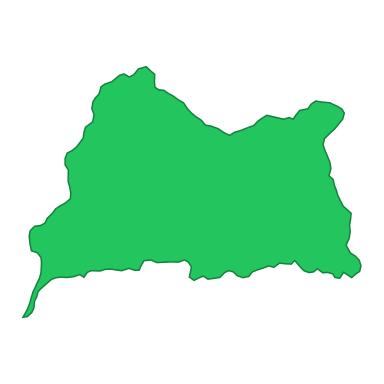 Morro Agudo de Goiás, Goiás, Brazil
{"feature_id": "56859067B87068855347914", "entity_name": "Morro Agudo de Goiás", "entity_type": "district", "adm_level": 2, "iso_a3": "BRA", "parent_name": "Brazil", "parent_adm1": "Goiás", "projection": "albers", "projection_center": [-50.018, -15.311], "detail": "fine", "context": "isolated", "style": "filled", "palette": "green", "viewbox_px": 384, "rotation_deg": 0, "n_neighbors": 0, "source": "geoboundaries", "source_scale": "gbopen_adm2", "svg_char_len": 2387}
<svg xmlns="http://www.w3.org/2000/svg" viewBox="0 0 384 384"><path d="M93.0,101.8L91.8,108.6L94.1,114.6L92.7,121.8L85.6,127.1L84.1,131.6L83.2,138.1L80.1,142.3L76.5,147.0L72.0,150.6L67.2,153.1L65.1,158.4L65.1,164.9L68.4,170.0L68.2,174.3L68.2,182.0L69.7,186.7L70.8,193.0L70.3,198.8L65.3,203.0L59.4,206.3L55.7,208.8L52.2,213.5L47.3,218.2L45.0,223.1L40.3,225.6L34.6,226.2L30.1,230.9L29.2,236.3L30.0,244.0L31.4,250.8L37.4,252.8L41.0,257.5L41.5,263.0L41.0,272.6L39.5,278.2L37.3,282.6L35.3,287.1L32.9,292.2L31.7,296.2L29.7,303.2L27.7,308.6L25.6,312.6L23.0,317.3L27.4,316.6L31.8,312.5L33.8,308.1L34.6,300.9L36.8,296.7L38.0,291.8L40.9,288.7L45.7,284.4L51.6,279.3L56.0,277.7L61.9,277.1L66.7,277.5L73.6,276.7L79.8,274.6L83.9,277.3L87.3,272.4L91.2,270.7L100.0,271.0L105.4,269.3L111.6,269.2L117.0,270.1L121.7,270.7L128.9,268.4L135.1,270.4L139.3,270.1L141.1,265.6L144.0,260.7L151.0,260.0L156.8,262.6L166.0,262.1L170.8,261.9L178.6,262.1L184.5,259.9L188.2,262.0L191.4,266.8L190.4,272.4L189.3,277.0L194.0,280.4L199.4,277.7L203.3,276.1L208.0,279.2L219.8,277.5L224.6,272.6L228.6,270.7L233.4,271.9L237.2,275.7L243.1,277.7L248.9,276.4L252.3,271.9L257.5,269.9L264.2,267.7L268.8,265.9L273.9,267.3L279.7,263.0L284.1,263.7L291.3,264.1L294.7,260.5L300.9,267.7L304.0,270.8L309.1,272.6L313.6,271.9L317.3,268.8L322.8,272.8L327.8,272.4L332.8,274.0L335.0,277.5L339.7,278.2L343.7,272.3L347.1,274.6L351.6,277.6L356.2,273.7L359.6,271.5L361.0,265.7L359.2,260.2L355.3,256.1L350.4,253.0L346.1,245.1L349.1,238.5L350.2,232.0L349.6,225.1L350.6,219.1L351.1,213.2L343.1,206.1L337.8,195.4L336.2,189.8L334.5,185.6L333.0,179.3L329.0,175.8L330.9,168.6L329.8,161.9L327.0,155.2L324.5,149.2L323.1,144.7L324.5,138.6L330.0,133.2L334.4,129.2L337.4,125.6L342.7,119.1L344.3,113.1L341.9,109.1L338.2,106.8L329.9,102.8L321.4,102.0L315.7,101.0L311.2,104.1L307.9,108.8L299.7,110.4L295.8,115.2L293.2,119.1L289.1,117.6L283.6,119.2L276.4,117.5L266.8,115.3L261.8,118.4L258.0,121.1L253.6,125.6L247.4,127.8L240.1,130.7L234.5,132.3L229.6,135.4L223.7,132.5L218.2,128.7L211.3,126.2L205.4,125.1L201.3,120.2L195.5,116.4L190.8,112.4L187.4,108.6L183.5,102.8L178.1,99.7L173.0,95.9L168.3,93.4L163.9,90.3L158.7,89.8L155.1,87.4L154.4,82.1L154.7,74.3L150.6,70.9L146.3,66.7L138.5,68.9L133.8,74.7L129.3,77.0L123.9,73.9L119.4,75.4L116.3,78.0L111.8,81.7L104.9,84.1L101.1,86.7L99.1,93.9L95.2,98.1L93.0,101.8Z" fill="#22c55e" stroke="#15803d" stroke-width="1.5"/></svg>